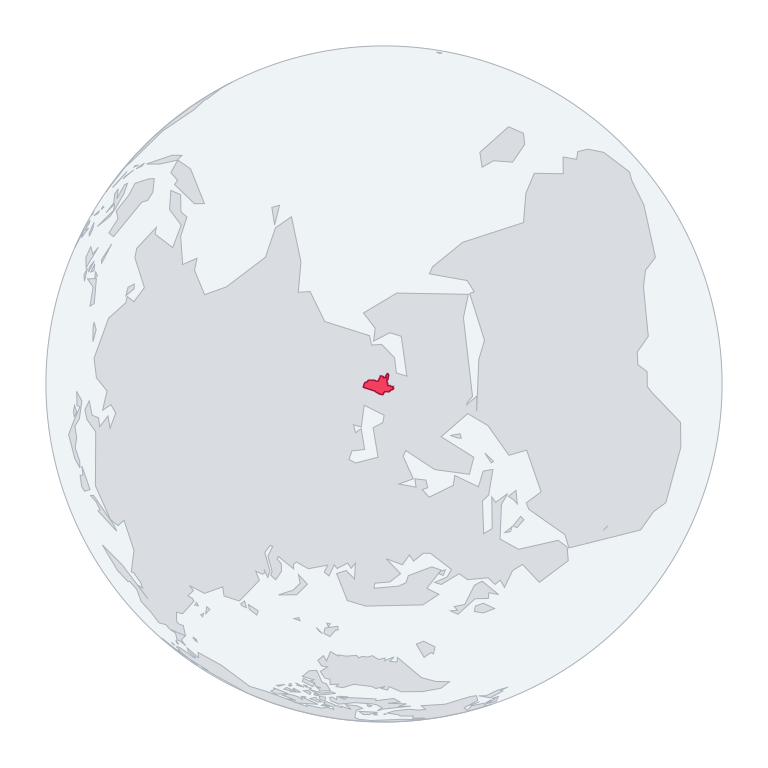 the Earth from above Esfahan, rotated 201°
{"feature_id": "IRN-3211", "entity_name": "Esfahan", "entity_type": "Province", "adm_level": 1, "iso_a3": "IRN", "parent_name": "Iran", "parent_adm1": "", "projection": "orthographic", "projection_center": [51.611, 32.657], "detail": "fine", "context": "on_globe", "style": "filled", "palette": "rose", "viewbox_px": 768, "rotation_deg": 201, "n_neighbors": 0, "source": "natural_earth", "source_scale": "10m", "svg_char_len": 12384}
<svg xmlns="http://www.w3.org/2000/svg" viewBox="0 0 768 768"><g transform="rotate(201 384 384)"><circle cx="384" cy="384" r="338" fill="#eef3f6" stroke="#a8b0b8"/><path d="M399.1,46.4L401.7,46.6L436.8,51.4L452.6,53.9L445.4,53.4L478.6,59.9L500.7,67.2L472.8,58.6L467.6,57.7L481.2,62.0L478.8,62.1L484.0,64.6L480.0,64.7L464.0,60.7L461.1,61.0L470.8,64.2L473.0,67.0L459.1,62.1L461.4,66.8L435.0,63.1L401.2,53.6L383.5,54.9L340.6,55.3L341.5,56.7L325.8,59.1L321.0,61.9L314.4,62.0L316.2,64.4L323.2,63.8L326.3,64.8L324.1,66.8L315.3,66.9L315.1,66.0L311.4,67.1L307.9,66.5L308.4,67.9L298.0,68.4L304.9,70.9L293.8,73.9L287.9,73.5L293.0,69.6L291.7,62.0L287.3,62.0L275.8,65.1L244.8,78.3L238.0,80.6L225.5,86.5L227.1,86.5L237.5,82.1L237.5,84.5L250.2,79.8L252.0,80.4L263.3,77.9L256.7,82.8L244.1,89.3L234.5,92.0L228.7,95.2L233.9,97.0L212.1,107.0L191.1,123.4L186.0,126.1L183.1,122.3L193.1,110.5L189.5,109.1L186.8,115.1L174.1,123.1L169.9,126.9L167.7,129.9L170.5,129.1L165.2,133.3L165.7,128.0L170.6,124.1L170.4,125.5L175.0,120.5L175.3,118.6L168.8,123.6L171.4,121.4L191.0,106.6L211.6,93.4L233.1,81.6L255.4,71.5L278.4,63.0L301.9,56.2L325.9,51.1L350.2,47.8L374.6,46.2L399.1,46.4ZM464.5,56.2L456.9,54.4L465.1,56.2L464.5,56.2ZM485.4,65.0L488.3,65.7L489.8,66.8L485.4,65.0ZM266.1,75.5L264.7,76.7L263.3,76.5L266.1,75.5ZM272.3,73.6L271.8,72.6L274.7,71.5L274.9,72.1L272.3,73.6ZM485.0,68.2L486.5,70.2L482.2,67.4L485.0,68.2ZM272.3,75.2L279.8,69.8L284.9,68.1L290.2,69.4L272.3,75.2ZM485.5,70.9L489.3,76.7L496.0,78.3L479.1,77.8L481.5,72.5L475.2,68.6L481.8,70.9L485.5,70.9ZM326.3,62.9L318.8,63.5L327.1,61.4L326.3,62.9ZM330.9,61.3L351.8,54.8L361.8,55.4L352.8,57.1L367.3,57.1L361.8,60.5L352.6,61.3L347.3,60.1L349.3,62.4L330.9,61.3ZM469.1,77.1L467.6,78.2L466.1,76.3L469.1,77.1ZM328.2,65.1L331.5,63.5L340.4,63.8L335.3,67.1L334.1,65.9L328.2,65.1ZM373.8,55.8L379.5,56.9L376.6,59.9L378.5,60.8L362.6,60.7L373.8,55.8ZM330.9,66.8L332.5,69.0L326.3,70.7L325.5,66.8L330.9,66.8ZM344.9,62.5L348.8,63.0L345.0,63.8L344.9,62.5ZM305.2,79.1L309.0,76.6L314.0,76.4L305.2,79.1ZM333.5,69.7L335.6,69.1L338.0,68.9L337.7,70.7L333.5,69.7ZM361.7,63.0L359.3,64.2L368.0,63.2L366.2,65.8L356.0,65.4L359.6,66.7L359.1,67.6L351.3,66.4L361.7,63.0ZM344.6,72.1L330.9,73.3L322.8,77.8L318.1,77.9L332.1,70.8L344.6,72.1ZM349.2,68.8L345.3,70.8L341.5,69.6L341.9,67.6L349.2,68.8ZM368.7,68.0L374.1,64.0L376.2,64.3L368.7,68.0ZM343.0,73.5L346.3,73.3L342.8,74.0L343.0,73.5ZM361.7,69.8L363.3,68.2L365.6,68.5L361.7,69.8ZM351.6,74.3L347.2,74.5L347.3,73.0L351.6,74.3ZM356.8,72.4L359.6,73.3L350.0,72.3L357.2,71.6L356.8,72.4ZM363.6,70.4L365.5,70.1L362.6,71.0L363.6,70.4ZM353.8,80.4L341.7,79.6L341.9,76.0L353.7,77.2L353.8,80.4ZM84.2,431.3L78.4,374.2L86.7,361.2L92.1,339.7L152.6,297.2L161.1,308.2L203.9,318.9L208.5,324.0L198.7,339.7L227.1,373.4L241.8,362.3L272.1,382.4L295.2,386.4L311.8,355.2L273.9,347.8L271.9,330.3L306.0,322.3L339.8,329.7L340.2,323.3L322.7,306.0L334.4,295.9L317.1,299.2L321.2,306.6L310.4,309.3L306.0,302.8L310.4,299.1L301.3,294.5L283.0,314.2L285.2,323.9L259.0,321.9L260.2,338.2L251.7,343.3L246.5,317.9L250.1,310.0L237.3,279.9L231.2,287.8L242.9,317.2L237.4,313.5L229.3,325.9L231.2,313.6L220.1,280.8L199.1,277.9L165.4,300.5L154.6,297.4L148.7,285.1L167.9,254.5L190.0,265.2L197.1,255.9L198.6,237.3L205.2,242.6L208.5,236.7L217.4,240.4L235.8,231.3L245.8,233.9L258.7,217.4L265.6,216.9L255.9,226.5L254.6,235.1L280.0,242.6L286.6,240.2L292.9,229.3L299.1,233.4L302.0,221.9L319.4,221.7L300.6,212.9L307.6,201.3L321.2,194.8L320.1,189.7L298.0,200.5L292.2,206.4L292.6,213.8L273.9,230.4L264.0,230.8L270.8,208.6L257.4,207.3L268.6,191.7L321.5,170.1L340.6,168.7L360.3,190.0L352.5,196.3L341.6,191.4L346.5,206.4L348.6,200.1L353.7,203.9L361.7,194.9L365.7,197.3L366.5,185.1L372.3,187.0L371.7,194.7L388.5,184.4L402.1,186.5L404.0,183.1L402.1,179.0L420.7,185.1L421.2,182.5L415.3,179.3L412.6,172.2L415.0,162.4L421.3,165.0L421.3,168.9L430.7,181.7L429.7,192.4L432.5,192.6L434.9,184.0L423.4,168.3L423.1,161.7L429.7,168.2L427.2,165.3L429.1,162.9L436.7,163.3L430.0,156.0L441.3,129.6L457.3,128.7L461.9,136.8L476.5,124.2L493.4,126.1L487.9,122.9L491.2,116.0L486.0,115.2L483.6,113.2L489.7,97.4L496.0,96.4L492.4,87.9L489.6,86.5L484.8,86.5L479.1,77.8L496.0,78.3L501.5,81.2L508.4,80.4L520.0,87.6L532.7,93.9L541.4,103.8L550.7,108.6L552.3,107.8L566.2,114.6L589.2,132.8L563.5,121.3L527.5,98.9L541.6,107.8L536.3,107.1L540.0,111.4L550.1,118.2L552.6,118.0L557.8,139.1L577.9,163.6L581.6,156.5L590.9,159.5L617.0,185.7L636.0,236.1L648.6,244.4L654.0,252.8L653.2,262.6L645.3,250.3L638.4,250.1L634.1,242.3L630.2,255.2L623.9,244.6L624.0,260.7L631.5,266.9L637.3,258.7L640.1,278.3L654.7,286.8L663.9,304.2L664.7,346.8L654.2,367.2L655.1,373.6L647.0,371.2L642.2,388.1L661.9,412.7L663.4,422.2L652.7,448.6L651.5,441.9L630.1,435.6L630.3,459.7L646.7,470.0L652.4,488.3L641.7,487.9L635.4,472.1L627.8,469.2L626.8,449.1L614.8,423.3L603.7,434.4L601.7,422.3L583.5,403.1L566.0,418.1L540.1,459.9L541.3,490.9L530.3,507.0L505.3,468.2L496.9,438.9L486.1,443.8L461.8,421.1L414.7,423.9L409.6,415.9L400.4,420.1L383.5,412.2L376.4,398.7L365.4,399.5L385.0,434.7L396.9,434.0L409.1,420.3L412.1,432.8L428.6,443.0L404.6,473.5L337.4,497.9L333.6,474.3L296.9,404.1L299.6,396.8L299.5,395.9L299.3,394.3L293.0,405.9L287.7,391.8L304.3,440.9L305.8,460.8L336.4,499.2L332.8,502.5L343.5,510.4L381.1,503.1L380.7,510.7L361.3,544.5L311.6,584.7L319.9,612.9L319.2,634.6L292.0,644.5L298.2,660.1L284.7,662.8L286.4,670.5L277.7,676.3L261.9,679.0L230.7,669.9L225.7,662.9L205.5,644.2L176.0,599.5L180.6,583.9L176.6,567.7L154.4,523.3L159.0,504.5L153.9,493.0L142.8,489.8L137.2,475.9L130.8,472.1L93.4,454.4L84.2,431.3ZM126.9,325.9L124.1,332.0L126.9,325.9ZM372.7,354.9L394.9,357.1L389.8,335.7L397.9,335.0L393.2,328.3L389.3,334.1L378.6,315.9L389.9,310.2L389.8,301.1L382.3,300.0L363.3,313.5L378.5,339.3L371.3,347.6L372.7,354.9ZM174.1,123.4L173.9,123.9L170.7,127.5L170.2,126.9L174.1,123.4ZM168.2,138.8L159.6,145.4L165.4,139.9L163.1,139.9L172.5,129.0L183.9,126.9L177.1,129.5L168.2,138.8ZM188.2,115.2L181.0,121.5L188.5,114.7L188.2,115.2ZM218.1,204.0L219.1,209.4L212.8,214.9L200.3,214.0L209.3,205.8L218.1,204.0ZM222.1,216.1L232.4,195.5L240.6,196.0L234.3,199.1L238.7,201.4L229.6,207.1L227.4,228.6L221.7,235.1L201.6,228.5L211.3,226.7L209.7,221.2L222.1,216.1ZM244.1,149.9L248.6,143.2L260.6,152.7L255.0,158.0L242.1,156.9L241.1,149.9L244.1,149.9ZM280.2,79.3L281.2,77.7L283.7,77.4L284.8,78.6L280.2,79.3ZM306.6,77.9L278.6,87.1L278.2,85.4L262.2,93.9L255.1,92.9L265.8,87.3L248.3,93.5L255.1,88.0L243.3,93.0L267.7,80.5L273.1,76.6L269.8,81.1L276.2,81.9L280.5,81.1L296.9,76.1L311.6,68.9L320.3,69.3L322.5,71.6L320.2,73.3L315.3,72.3L315.9,75.5L307.1,75.5L306.6,77.9ZM343.2,108.7L338.4,104.9L338.1,115.0L329.3,113.5L329.8,114.7L321.6,116.4L312.5,120.8L309.1,119.3L307.0,121.8L301.5,123.2L297.5,126.2L290.2,124.9L284.7,128.6L284.3,125.9L276.8,132.8L279.1,127.2L272.2,129.1L273.6,133.6L243.7,123.3L229.4,124.8L216.2,129.5L221.9,120.3L237.9,110.6L257.8,102.8L270.8,103.3L271.0,99.5L277.3,98.8L274.5,102.1L282.5,96.8L287.0,97.2L304.7,92.8L313.6,85.8L320.3,84.4L319.0,87.4L326.6,84.1L328.7,89.0L333.6,88.2L340.5,92.8L335.3,99.7L341.1,98.4L346.7,102.4L343.2,108.7ZM355.5,81.8L351.2,89.3L344.2,92.5L335.0,83.4L330.3,83.4L324.2,78.5L334.4,74.2L335.2,75.9L338.3,76.6L333.9,77.6L339.8,77.4L341.2,79.9L346.1,80.5L343.4,82.7L355.5,81.8ZM216.6,319.8L220.6,322.1L227.6,323.7L222.6,331.9L216.6,319.8ZM208.5,297.5L212.6,297.9L208.9,309.4L204.7,307.4L208.5,297.5ZM218.0,288.7L213.1,297.0L213.2,291.3L218.0,288.7ZM260.1,226.5L264.8,226.6L264.1,229.4L260.0,232.6L260.1,226.5ZM340.3,141.3L338.7,137.8L340.9,137.0L344.0,128.8L350.8,129.7L351.6,135.0L340.3,141.3ZM303.6,359.7L295.1,364.8L292.4,361.1L295.8,360.1L303.6,359.7ZM255.6,348.8L265.1,355.7L254.1,351.0L255.6,348.8ZM348.3,140.9L348.8,137.3L351.8,140.1L348.3,140.9ZM356.0,130.0L360.1,132.5L352.0,128.9L356.0,130.0ZM450.5,712.5L453.9,712.7L448.3,713.8L450.5,712.5ZM377.5,634.6L359.9,668.8L343.6,668.0L338.5,658.0L343.5,637.2L361.7,631.7L370.1,621.5L377.5,634.6ZM691.5,500.5L695.1,497.1L694.7,498.6L691.5,500.5ZM688.1,500.7L692.6,496.0L686.8,504.4L688.1,500.7ZM694.3,494.2L698.9,486.4L700.9,482.0L700.2,485.0L694.3,494.2ZM684.7,504.2L663.7,521.7L654.6,525.0L657.4,518.7L672.3,508.9L684.7,504.2ZM656.7,519.1L641.7,515.5L616.3,488.1L625.5,484.4L651.1,495.2L649.6,500.2L658.7,504.9L656.7,519.1ZM690.0,468.6L688.3,482.1L677.4,491.0L672.1,493.4L668.5,480.3L670.6,470.5L675.2,467.2L689.3,424.7L695.0,426.4L691.5,442.9L695.9,449.6L690.0,468.6ZM543.1,493.3L552.0,508.7L545.6,513.4L543.1,493.3ZM692.2,398.8L688.4,417.2L690.9,395.2L692.2,398.8ZM692.0,379.8L693.7,385.8L690.2,382.1L692.0,379.8ZM657.6,382.6L652.9,387.8L651.4,383.3L656.6,374.1L657.6,382.6ZM670.9,319.1L675.9,332.5L676.8,337.8L672.2,331.6L670.9,319.1ZM406.9,149.3L394.9,159.1L390.8,168.0L395.5,175.3L383.7,169.7L390.1,155.9L406.9,149.3ZM436.4,131.4L432.2,125.9L437.3,126.1L439.0,127.4L436.4,131.4ZM431.5,129.6L420.1,127.1L419.9,122.7L429.0,125.4L431.5,129.6ZM383.9,132.7L379.9,135.4L377.5,132.9L383.9,132.7ZM634.7,610.6L633.9,611.4L641.4,602.8L651.2,586.8L653.0,585.2L660.0,571.5L681.5,540.7L699.0,502.4L703.3,494.1L711.3,467.7L712.4,463.7L705.9,486.8L697.8,509.4L688.1,531.3L676.9,552.5L664.2,572.8L650.1,592.2L634.7,610.6ZM700.0,490.5L705.9,474.4L708.0,470.0L700.0,490.5ZM719.6,423.2L719.7,422.4L717.2,431.7L716.8,428.4L718.5,420.1L715.6,423.7L718.9,412.1L719.4,420.2L720.9,405.7L721.5,400.6L719.6,423.2ZM717.1,438.1L717.5,436.5L716.7,441.5L717.1,438.1ZM710.5,445.5L710.1,449.1L708.9,448.8L710.5,445.5ZM712.2,440.6L715.2,437.2L711.7,444.0L712.2,440.6ZM698.6,449.4L700.1,455.4L704.9,444.2L701.2,456.1L703.5,464.7L702.0,471.0L699.9,461.2L697.6,477.0L695.4,479.4L695.0,468.6L697.8,450.9L700.0,442.0L708.1,428.3L698.6,449.4ZM712.5,431.1L711.5,423.7L712.1,416.3L713.3,419.1L712.5,431.1ZM706.9,407.0L702.4,401.0L699.7,409.3L703.8,385.9L707.7,395.4L706.9,407.0ZM700.9,387.6L698.5,395.2L700.0,382.5L700.9,387.6ZM697.1,392.6L695.3,385.6L697.9,383.5L697.1,392.6ZM702.4,385.8L700.5,372.5L703.1,378.3L702.4,385.8ZM690.3,370.3L698.5,375.9L690.3,379.3L683.4,355.4L686.4,351.2L690.3,370.3ZM665.2,253.2L660.7,247.5L661.6,242.6L664.4,247.9L665.2,253.2ZM660.3,223.8L660.4,239.5L659.7,253.3L662.9,253.9L668.3,267.0L660.1,260.0L655.9,242.3L657.5,234.0L651.8,223.9L649.3,213.5L640.6,203.2L637.6,196.5L645.9,203.6L660.3,223.8ZM636.7,199.2L620.6,180.1L625.0,176.6L629.5,179.9L635.0,189.9L632.4,191.1L636.7,199.2ZM618.0,174.7L615.3,175.9L585.9,155.8L580.8,150.8L605.5,163.0L604.2,165.0L610.7,171.0L618.0,174.7ZM471.3,79.2L468.0,78.3L471.0,78.1L471.3,79.2ZM480.7,113.0L477.9,110.3L481.5,109.8L480.7,113.0ZM472.4,102.9L470.2,105.3L469.9,101.6L472.4,102.9ZM465.8,111.2L468.1,105.7L469.7,112.6L465.8,111.2Z" fill="#d9dde1" stroke="#a8b0b8" stroke-width="1"/><path d="M376.1,379.0L376.5,378.6L377.3,378.2L379.3,377.7L379.6,377.5L379.9,377.3L380.2,377.2L380.5,377.2L380.6,376.9L381.1,375.8L381.2,375.4L380.9,375.1L381.1,374.0L381.2,373.8L381.3,373.6L381.8,373.4L382.8,373.3L383.2,373.3L384.9,372.9L385.8,373.4L386.3,373.5L387.6,373.4L387.9,373.4L390.0,374.1L390.3,374.1L401.9,373.5L402.1,373.6L402.3,373.7L402.5,377.7L402.4,378.1L402.0,378.9L401.7,379.1L401.4,379.2L400.9,379.4L400.6,379.8L400.4,380.8L400.3,381.2L400.1,381.6L399.8,381.9L399.3,382.2L394.1,384.2L392.6,383.8L392.2,383.8L391.7,384.0L391.4,384.2L391.2,384.4L390.9,384.6L390.5,384.7L390.3,384.9L390.3,385.1L390.5,386.9L390.4,387.2L390.2,388.1L390.1,388.8L390.1,389.3L390.3,390.2L388.6,390.7L388.2,390.7L387.1,390.5L386.9,390.3L386.8,389.7L386.7,389.6L386.0,389.9L385.9,390.1L385.7,390.1L385.1,390.6L384.7,390.7L384.2,390.5L384.3,391.0L384.5,391.1L384.9,391.3L385.2,391.5L385.3,391.9L385.2,392.3L385.1,392.9L384.7,394.0L384.6,394.5L384.7,394.8L384.7,395.0L384.2,395.1L383.3,394.5L382.8,393.9L382.5,393.2L382.5,392.8L382.5,392.6L382.6,392.1L382.1,390.6L382.0,389.9L382.0,389.6L382.4,389.4L382.4,389.2L382.2,389.0L382.1,388.9L382.2,388.7L382.4,388.5L382.5,388.2L382.4,387.6L382.2,387.1L381.6,386.7L381.3,386.4L380.7,385.9L380.7,385.5L380.7,385.0L380.6,384.9L380.5,384.7L380.3,384.6L380.3,384.4L380.2,384.2L379.8,384.0L379.7,384.2L378.9,384.2L378.7,384.3L378.1,384.6L377.9,384.7L377.7,384.6L377.2,384.6L376.9,384.4L376.6,384.2L376.3,384.2L376.2,384.3L375.7,384.3L374.7,384.8L374.8,384.4L374.9,384.2L374.7,383.9L374.2,383.7L373.8,383.7L373.5,383.6L373.3,383.0L373.3,382.9L373.4,382.7L373.5,382.6L373.9,382.5L374.1,382.3L374.3,381.6L374.5,381.3L375.3,381.1L375.4,380.9L376.0,379.8L375.9,379.5L376.0,379.2L376.1,379.0Z" fill="#f43f5e" stroke="#9f1239" stroke-width="1.5"/></g></svg>